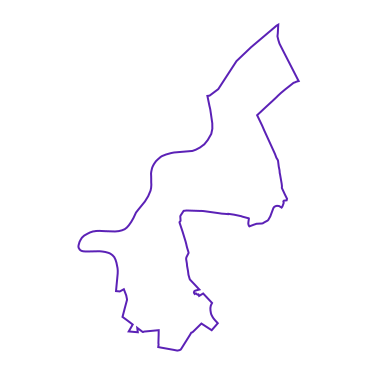 the district of Duong Kinh, Hải Phòng, Vietnam, rotated 263°
{"feature_id": "81297802B62167717430855", "entity_name": "Duong Kinh", "entity_type": "district", "adm_level": 2, "iso_a3": "VNM", "parent_name": "Vietnam", "parent_adm1": "Hải Phòng", "projection": "natural_earth1", "projection_center": [106.703, 20.785], "detail": "fine", "context": "isolated", "style": "outline", "palette": "violet", "viewbox_px": 384, "rotation_deg": 263, "n_neighbors": 0, "source": "geoboundaries", "source_scale": "gbopen_adm2", "svg_char_len": 3285}
<svg xmlns="http://www.w3.org/2000/svg" viewBox="0 0 384 384"><g transform="rotate(263 192 192)"><path d="M347.6,298.0L346.8,296.2L328.6,268.4L316.5,252.1L290.9,230.6L285.5,221.2L285.5,219.0L275.4,219.8L272.8,220.1L271.5,220.2L267.5,220.3L257.7,220.5L252.3,219.9L247.3,218.2L241.7,214.0L237.9,210.1L235.2,205.4L233.5,200.9L232.7,197.4L233.4,179.0L233.2,176.1L232.4,170.8L231.3,166.6L230.6,165.1L228.5,162.0L226.9,159.9L224.3,157.6L222.6,156.4L221.1,155.5L219.6,154.9L217.3,154.1L215.4,153.6L212.8,153.4L209.9,153.1L206.7,152.7L204.0,152.5L201.0,151.9L198.4,151.0L193.2,148.0L188.3,144.1L180.9,136.4L178.4,133.9L173.3,130.7L169.7,128.0L166.6,125.2L164.6,122.9L163.3,120.7L162.5,117.8L162.1,114.5L162.2,110.8L163.7,101.0L164.7,95.3L165.0,91.9L164.9,91.0L164.9,88.9L164.3,85.9L163.3,83.1L161.9,79.7L160.1,77.2L158.1,75.6L156.2,74.3L154.8,73.7L152.9,72.9L151.5,72.6L150.4,72.7L149.3,73.2L148.4,73.6L147.1,75.0L146.4,76.8L146.0,78.8L145.5,82.9L144.5,92.7L144.2,94.3L143.7,96.3L143.0,98.7L141.9,101.4L141.2,102.8L139.9,104.4L138.8,105.5L136.8,106.9L134.2,107.8L131.0,108.4L125.7,108.8L124.6,108.8L122.8,108.7L120.1,108.3L102.9,104.5L102.1,108.2L103.8,112.5L97.4,114.1L93.5,114.4L92.7,114.3L84.8,111.1L76.5,107.8L73.6,110.9L67.7,117.0L61.3,112.2L59.4,121.1L59.6,121.1L63.8,121.1L59.1,126.0L59.0,126.3L59.3,127.4L58.9,142.1L54.4,141.5L45.9,140.2L45.0,140.3L42.2,139.6L41.3,142.4L37.6,154.4L36.4,158.0L36.4,158.8L36.5,159.6L36.6,160.5L37.0,161.6L37.9,162.4L50.7,172.8L52.2,173.9L52.5,174.2L52.6,174.9L52.9,175.6L53.7,176.7L60.3,185.3L52.4,194.7L58.6,201.6L61.8,199.3L64.0,197.9L65.7,197.1L67.9,196.3L68.2,196.2L69.6,196.0L72.2,195.9L74.6,196.1L76.9,196.8L78.4,197.7L79.4,198.4L89.9,190.7L88.0,186.4L89.3,186.1L89.6,185.9L89.4,185.0L89.8,184.5L90.6,183.8L90.9,183.5L90.4,182.3L91.3,181.8L92.3,181.7L93.3,182.3L93.7,183.2L94.3,187.4L105.2,179.4L105.9,179.1L110.3,178.4L114.1,178.4L119.2,178.1L121.6,178.2L125.9,178.0L126.7,178.1L127.4,178.3L128.2,178.7L131.8,181.1L132.3,181.2L134.2,180.9L137.6,180.3L140.2,180.0L140.5,180.0L143.6,179.6L153.8,177.8L163.2,175.9L163.7,176.0L164.4,176.8L164.9,177.1L165.7,177.2L169.1,177.4L169.9,177.7L174.3,181.4L174.3,183.5L174.3,184.4L172.2,197.8L172.1,198.8L171.7,201.0L167.8,215.7L166.9,218.9L166.3,222.0L165.7,224.8L165.6,225.3L165.9,225.4L164.4,230.9L162.9,235.3L162.0,237.9L161.4,239.0L159.6,243.5L159.0,245.1L158.6,245.2L155.2,244.3L153.6,244.0L152.2,244.2L151.5,244.4L150.9,244.8L152.0,249.3L152.6,252.2L152.4,255.1L152.2,257.5L152.3,258.4L152.5,258.9L153.0,259.9L154.4,263.5L155.0,264.3L158.2,266.7L166.1,270.8L167.1,271.7L167.7,273.0L167.9,274.2L167.8,275.4L167.4,276.8L167.0,277.3L165.6,279.0L166.3,279.7L166.9,280.1L169.4,281.4L170.2,281.7L171.3,281.5L171.8,281.7L172.2,282.2L172.2,283.5L172.2,284.9L173.7,285.5L178.5,283.8L185.0,281.7L185.3,281.7L186.8,282.0L189.5,282.0L199.4,281.5L199.8,281.4L200.6,281.4L203.0,281.5L206.6,281.2L212.5,281.2L213.6,280.9L214.9,280.3L215.8,279.9L219.6,279.0L222.8,278.0L244.3,271.2L249.4,269.7L260.3,266.0L266.9,275.1L274.9,286.2L275.7,287.3L277.2,289.2L279.5,292.4L281.3,295.2L282.9,297.7L286.7,304.0L288.0,306.1L288.2,307.3L288.6,308.5L288.8,309.2L289.1,311.4L290.9,310.7L302.9,306.3L321.7,299.4L328.6,296.9L332.4,296.2L336.1,295.8L339.1,296.5L347.6,298.0Z" fill="none" stroke="#5b21b6" stroke-width="2"/></g></svg>